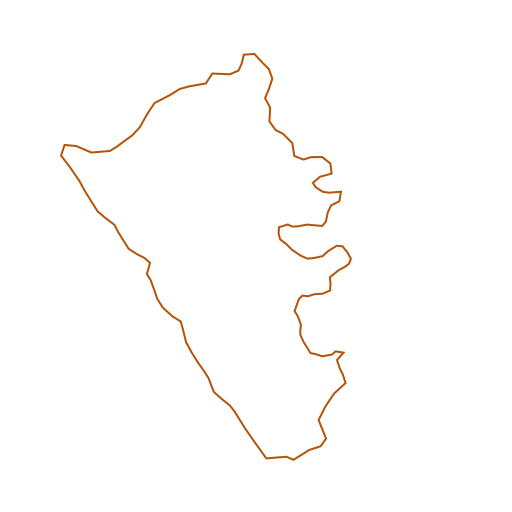 Mandres Lefkosias, Cyprus, rotated 238°
{"feature_id": "46923920B85136596681423", "entity_name": "Mandres Lefkosias", "entity_type": "district", "adm_level": 2, "iso_a3": "CYP", "parent_name": "Cyprus", "parent_adm1": "", "projection": "natural_earth1", "projection_center": [33.366, 35.223], "detail": "fine", "context": "isolated", "style": "outline", "palette": "amber", "viewbox_px": 512, "rotation_deg": 238, "n_neighbors": 0, "source": "geoboundaries", "source_scale": "gbopen_adm2", "svg_char_len": 1823}
<svg xmlns="http://www.w3.org/2000/svg" viewBox="0 0 512 512"><g transform="rotate(238 256 256)"><path d="M127.7,279.0L133.0,272.9L132.1,268.3L135.8,259.1L141.2,254.5L144.8,250.8L157.5,250.8L165.2,251.7L169.3,254.0L173.9,257.7L182.9,259.5L188.8,259.5L196.5,269.2L197.9,274.2L194.3,278.8L192.5,285.7L188.8,292.2L187.5,300.5L192.5,304.2L198.8,307.4L200.2,318.9L199.7,326.2L200.2,330.8L203.3,335.0L210.6,335.4L218.3,334.5L221.9,329.9L221.9,319.3L220.6,312.4L223.7,303.7L226.5,298.2L232.8,294.0L241.9,289.9L250.1,288.0L257.3,285.3L263.2,287.1L268.2,290.8L265.9,299.6L261.8,302.3L259.1,306.9L255.5,316.1L251.9,320.7L246.4,328.1L248.2,333.6L255.0,340.0L259.1,346.5L258.2,355.7L265.5,362.1L270.9,351.6L275.1,346.6L282.9,343.0L287.9,343.0L289.3,352.3L285.8,363.8L295.0,368.1L304.9,364.5L310.6,355.2L312.7,347.3L320.5,341.5L332.5,346.6L345.3,343.7L352.4,339.4L363.0,338.7L374.3,346.6L385.0,347.3L390.6,355.2L397.7,363.8L407.7,366.0L416.9,363.8L428.2,361.7L433.2,352.3L426.8,345.9L422.5,339.4L424.0,330.0L433.9,315.7L428.9,304.9L435.3,289.1L438.1,279.7L438.1,268.2L439.5,251.0L433.9,238.7L426.8,225.8L423.9,215.0L423.2,205.0L422.5,196.3L422.5,187.7L431.0,171.2L444.5,161.8L451.6,152.5L444.5,143.9L429.6,145.3L413.3,146.0L402.0,145.3L387.1,145.3L377.9,145.3L368.7,148.2L357.3,152.5L349.5,151.8L338.9,151.8L329.7,151.8L320.5,156.1L313.4,160.4L306.3,162.5L298.5,153.9L291.4,153.9L281.5,151.8L272.3,149.6L261.7,149.6L248.9,153.2L240.4,157.5L233.3,155.4L219.9,151.0L207.8,150.3L197.2,150.3L185.1,151.0L177.4,151.0L163.2,148.2L153.3,151.0L143.3,154.6L135.5,155.4L126.3,155.4L115.0,155.4L100.8,156.1L89.5,156.8L78.9,157.5L69.6,175.5L63.3,179.8L63.3,190.6L63.3,198.5L60.4,210.0L64.0,218.6L83.8,222.2L91.6,235.1L98.0,249.5L100.8,264.6L109.3,266.8L116.4,267.5L124.9,269.6L127.7,279.0Z" fill="none" stroke="#b45309" stroke-width="2"/></g></svg>